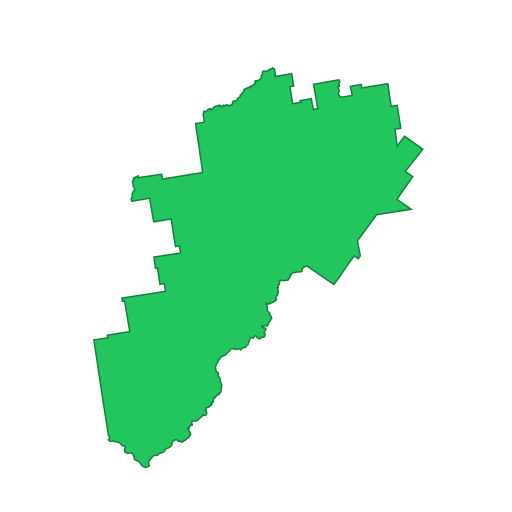 Croydon, Queensland, Australia, rotated 76°
{"feature_id": "25037944B33150906552836", "entity_name": "Croydon", "entity_type": "district", "adm_level": 2, "iso_a3": "AUS", "parent_name": "Australia", "parent_adm1": "Queensland", "projection": "orthographic", "projection_center": [142.176, -18.514], "detail": "fine", "context": "isolated", "style": "filled", "palette": "green", "viewbox_px": 512, "rotation_deg": 76, "n_neighbors": 0, "source": "geoboundaries", "source_scale": "gbopen_adm2", "svg_char_len": 6082}
<svg xmlns="http://www.w3.org/2000/svg" viewBox="0 0 512 512"><g transform="rotate(76 256 256)"><path d="M264.4,396.2L267.7,396.5L267.9,394.4L298.8,396.8L296.9,419.5L299.5,419.7L298.2,433.6L361.9,439.7L395.0,442.6L396.0,441.3L396.4,441.3L397.1,441.8L398.0,443.3L398.7,443.7L399.4,443.3L400.6,442.2L400.9,439.5L402.3,437.3L403.4,434.7L404.1,433.7L405.1,432.9L407.5,431.8L408.8,429.3L409.4,429.0L410.2,429.2L412.6,430.5L413.4,430.7L414.9,430.5L416.6,428.0L416.6,424.8L416.8,424.6L417.2,424.6L418.0,423.8L419.5,422.9L420.1,423.3L421.4,423.0L421.7,422.7L422.6,423.1L424.1,423.2L424.6,422.0L425.6,421.6L426.2,420.1L426.8,419.9L427.5,419.1L431.0,417.7L432.7,416.6L433.9,415.3L434.5,413.6L434.2,411.4L433.7,410.2L431.0,410.5L430.0,410.2L428.1,408.3L425.3,404.4L425.0,402.5L425.5,399.8L424.2,397.7L424.1,395.1L423.6,392.8L422.9,391.8L421.2,390.0L421.1,387.7L420.5,385.5L419.6,384.0L418.9,383.3L416.3,382.4L415.7,381.6L415.1,379.4L414.6,379.1L414.9,377.5L415.4,377.0L417.2,376.1L417.1,374.2L418.1,373.9L418.7,373.0L418.5,371.7L417.7,370.8L417.7,369.7L417.5,369.0L416.4,367.3L415.9,365.2L415.2,364.4L414.1,363.9L413.7,362.9L413.1,362.5L410.6,362.8L409.3,363.4L408.3,363.5L407.3,364.0L406.8,363.9L406.6,363.7L407.0,362.5L405.8,362.1L404.3,360.4L404.6,360.0L404.7,358.8L404.1,358.6L401.6,358.8L401.1,358.2L400.9,357.3L401.0,356.0L401.7,354.0L401.0,351.9L399.7,349.8L399.0,348.0L397.5,346.1L397.6,345.6L398.3,344.6L398.4,344.0L397.6,342.4L397.2,342.1L396.5,342.1L395.9,341.7L395.4,342.0L393.2,341.8L392.6,342.2L392.3,341.5L391.4,341.3L391.5,340.6L391.2,340.4L391.1,339.6L391.3,338.7L391.2,338.2L390.5,337.7L390.5,337.1L390.0,336.4L390.1,335.8L389.2,335.3L389.1,334.5L387.8,334.9L387.4,334.7L387.6,333.7L387.2,332.7L386.5,333.1L385.7,332.2L383.1,331.6L383.5,329.8L381.9,328.2L381.3,325.3L381.1,325.1L380.6,325.4L380.3,325.2L379.8,323.4L379.5,323.0L373.5,320.6L369.0,320.9L365.6,320.5L364.0,321.4L362.8,321.6L360.9,320.7L359.9,321.2L358.5,322.4L357.7,322.6L356.3,322.6L354.1,322.2L352.6,321.4L349.9,319.2L345.7,314.7L345.1,312.4L344.8,309.8L342.4,305.8L340.1,302.8L340.0,301.6L340.3,300.4L340.9,300.2L341.2,299.7L341.1,298.5L341.8,297.9L342.0,296.8L341.7,295.7L342.0,294.7L342.5,293.9L343.4,293.8L343.5,293.4L342.4,292.2L341.9,290.5L341.9,289.5L342.2,288.7L341.9,288.0L340.7,287.1L339.9,285.1L335.1,282.0L334.0,280.6L334.0,279.8L335.1,278.5L333.6,277.0L333.3,276.2L333.4,275.7L333.7,275.2L335.8,274.4L336.0,273.8L336.6,273.7L337.2,272.5L337.2,272.0L336.2,270.0L336.2,269.4L336.7,268.3L336.4,267.4L335.7,267.1L334.7,266.2L333.8,266.0L333.5,266.7L332.9,266.9L330.7,265.5L330.2,264.5L329.4,264.0L328.7,264.1L327.9,264.9L327.3,266.8L326.3,267.2L325.2,267.0L325.8,265.8L325.8,264.5L326.5,262.2L326.3,261.8L325.5,260.8L323.0,259.3L322.8,258.4L320.9,256.6L320.6,255.9L318.4,255.9L315.7,257.0L315.0,256.5L312.2,258.1L311.6,258.2L310.8,258.2L309.8,257.6L308.7,257.6L307.7,257.2L305.6,257.9L304.1,257.6L304.3,257.0L305.8,255.8L305.3,254.9L305.3,254.3L305.7,253.9L305.7,253.5L305.0,253.0L305.1,250.9L304.6,249.8L304.4,248.4L303.6,247.1L302.7,246.5L302.1,246.5L301.4,246.9L300.7,246.7L299.9,246.2L299.4,244.9L298.9,244.5L296.2,242.9L292.4,242.9L292.3,242.1L291.6,242.0L291.5,242.7L290.0,241.8L289.7,240.9L288.6,240.0L286.5,239.2L285.6,238.4L285.8,236.9L286.4,236.0L286.8,234.7L286.6,232.7L287.2,231.4L287.0,230.5L283.7,227.3L282.8,226.8L281.4,224.9L281.2,224.3L281.4,220.9L282.3,215.6L282.0,215.2L281.1,214.9L280.0,214.3L278.7,213.0L278.1,211.1L278.1,209.7L278.3,208.9L279.4,207.8L302.5,187.3L295.7,179.2L284.3,166.4L279.7,160.7L283.4,157.5L281.0,154.7L265.9,154.0L245.1,128.9L248.2,94.1L235.1,105.6L216.9,84.7L210.0,90.6L192.7,68.3L175.7,82.9L183.5,92.4L166.7,90.4L167.1,84.6L144.1,82.6L143.6,88.7L120.7,86.4L118.5,112.8L114.9,112.5L114.3,123.4L123.4,123.8L122.6,134.9L119.7,136.8L118.3,137.1L117.4,136.1L116.7,135.5L115.8,135.3L113.8,135.3L111.9,135.9L111.5,135.7L111.5,134.2L110.2,133.9L108.4,134.1L107.1,132.4L105.1,132.9L103.3,158.6L128.0,160.4L127.7,164.9L116.7,164.3L116.0,175.6L117.1,175.2L117.8,175.2L117.1,183.6L100.0,182.1L100.3,178.4L87.7,177.2L86.5,193.7L79.4,192.8L78.9,192.9L78.4,193.7L77.5,194.3L77.8,194.7L78.1,195.8L78.0,196.6L78.7,197.9L78.4,198.6L79.2,199.6L79.3,201.5L78.6,203.0L78.5,204.7L79.3,205.4L79.9,205.3L81.3,205.8L82.2,207.1L82.8,207.0L83.4,207.6L84.1,207.8L85.0,208.6L85.1,209.1L85.9,210.3L86.0,211.1L86.5,211.6L86.0,213.1L85.9,214.4L86.2,214.9L86.8,215.0L88.2,214.9L88.6,215.2L88.8,216.3L89.3,216.4L89.4,216.7L89.6,217.6L89.5,218.2L90.1,218.7L90.3,219.3L89.9,220.2L90.7,221.0L90.9,221.5L90.6,221.7L91.0,222.4L90.7,222.8L90.9,223.5L90.8,224.7L91.2,225.5L91.4,226.2L91.4,227.0L91.8,226.9L91.9,227.2L92.5,227.4L92.6,227.8L93.7,228.1L94.1,229.4L95.4,230.2L95.9,231.8L95.8,232.0L96.2,232.4L97.3,232.6L97.9,233.1L98.1,234.6L98.9,236.0L100.3,236.7L100.6,237.8L100.4,238.9L100.6,239.3L100.2,240.8L101.5,241.5L101.9,242.0L103.4,242.4L103.3,244.0L103.8,245.6L103.2,246.0L103.2,246.9L102.3,247.5L102.6,248.1L102.2,248.8L102.6,249.2L102.9,250.0L102.0,250.7L102.3,251.4L102.0,251.5L103.0,252.8L103.0,253.3L102.8,253.8L101.7,253.9L101.7,254.3L100.8,254.8L100.9,255.3L101.1,255.4L100.9,255.8L101.1,256.6L100.7,256.9L101.1,257.5L101.0,258.7L101.4,261.3L102.5,262.2L103.0,262.9L103.2,263.9L102.9,264.6L102.7,264.4L102.2,264.4L101.8,264.8L102.2,265.0L102.2,265.8L102.0,266.2L102.4,267.4L102.6,267.7L103.1,267.8L103.2,268.7L103.5,269.0L103.6,270.8L103.0,271.6L103.8,271.7L105.5,273.0L113.7,273.7L112.9,282.6L162.1,287.5L158.7,328.1L153.9,327.7L151.5,351.1L149.8,350.9L149.9,352.0L150.5,352.6L150.2,353.3L150.4,353.9L150.2,354.4L150.4,354.8L151.0,354.9L150.8,355.6L151.1,355.9L151.2,355.7L151.7,356.0L151.7,356.5L153.2,357.0L153.5,357.5L153.9,357.6L154.5,357.4L155.4,357.9L157.3,357.8L157.8,358.2L158.2,358.0L158.9,358.1L160.3,357.6L161.4,357.8L162.3,357.7L163.1,358.3L164.1,360.0L164.9,360.3L165.2,360.8L165.8,361.3L167.9,361.3L168.7,362.1L169.4,362.2L170.4,363.4L172.8,363.3L174.2,345.3L198.1,347.0L199.6,329.4L227.4,331.8L227.7,328.0L234.9,328.4L232.3,355.3L243.6,356.5L243.8,354.4L260.2,356.1L260.5,351.7L268.4,352.3L264.4,396.2Z" fill="#22c55e" stroke="#15803d" stroke-width="1.5"/></g></svg>